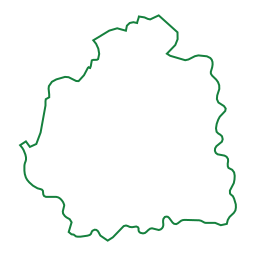 SVG path tracing the border of Indre
{"feature_id": "FRA-5309", "entity_name": "Indre", "entity_type": "Metropolitan department", "adm_level": 1, "iso_a3": "FRA", "parent_name": "France", "parent_adm1": "", "projection": "mercator", "projection_center": [1.588, 46.82], "detail": "fine", "context": "isolated", "style": "outline", "palette": "green", "viewbox_px": 256, "rotation_deg": 0, "n_neighbors": 0, "source": "natural_earth", "source_scale": "10m", "svg_char_len": 2533}
<svg xmlns="http://www.w3.org/2000/svg" viewBox="0 0 256 256"><path d="M90.1,68.0L90.8,66.1L91.8,60.4L93.2,59.9L96.9,59.8L98.1,59.1L99.2,53.9L98.3,48.6L96.1,43.8L93.3,40.3L109.3,30.6L117.2,28.3L125.9,30.7L126.9,25.7L129.7,23.0L133.4,22.2L137.1,23.0L137.4,21.6L138.6,17.9L138.9,16.5L144.5,17.4L147.8,18.9L150.2,19.4L158.7,15.4L177.5,32.3L177.6,39.2L175.3,45.0L166.9,53.7L170.2,55.8L185.2,60.2L188.4,59.5L194.9,56.2L198.4,55.4L206.9,56.3L210.3,58.0L211.7,59.7L212.5,62.0L212.6,64.5L212.2,67.2L210.8,71.9L210.9,73.7L212.1,75.6L216.2,79.6L218.0,82.1L219.2,85.3L219.3,89.0L217.2,95.5L216.9,99.1L218.4,102.5L224.0,106.1L225.7,108.6L225.2,111.0L219.8,116.7L218.2,119.7L216.7,123.9L216.0,128.3L216.6,131.8L218.3,133.5L220.3,134.7L222.0,136.3L222.7,139.2L221.9,141.7L216.4,146.2L215.1,148.4L214.9,150.8L215.8,152.9L217.6,154.3L224.5,155.6L226.6,156.8L228.0,159.0L228.1,161.2L227.7,163.7L227.8,166.3L228.5,167.9L232.2,169.8L234.1,172.4L234.7,175.8L234.5,179.5L233.8,183.1L229.9,190.6L230.0,193.4L230.5,194.2L232.9,196.2L234.1,198.7L235.8,204.4L235.9,207.5L235.4,210.4L233.9,212.8L229.6,216.9L227.8,219.9L226.8,223.9L220.8,225.2L215.2,222.9L205.8,222.9L204.5,222.6L201.2,220.8L199.2,220.3L184.5,219.9L182.8,220.1L181.2,220.7L177.8,223.3L176.2,224.1L174.1,223.8L172.6,222.6L169.1,217.9L167.8,216.8L166.3,216.6L164.8,217.0L163.4,218.9L163.1,220.6L163.1,222.3L163.3,223.9L163.3,225.4L162.9,226.9L162.1,228.2L160.7,229.4L158.8,230.0L152.0,228.3L150.1,228.7L148.1,230.2L146.6,231.7L144.9,233.0L143.0,233.4L140.3,232.8L138.9,231.5L138.5,229.9L138.6,228.4L137.9,227.2L136.3,226.5L132.0,227.2L129.7,226.9L127.7,226.0L126.0,225.5L123.7,226.1L112.9,237.3L107.7,240.6L100.4,235.6L99.6,234.2L98.8,232.6L97.8,231.0L96.3,229.9L94.6,229.7L92.4,230.8L91.5,232.3L91.0,233.8L89.7,235.0L87.4,235.7L80.3,236.7L77.9,236.7L76.0,236.4L73.7,234.6L71.5,234.3L68.7,232.0L71.6,222.3L69.7,219.2L66.5,217.4L64.8,216.0L63.1,213.6L62.8,211.4L64.2,205.6L64.2,205.0L63.7,203.6L63.1,202.2L62.1,200.7L60.9,199.3L59.5,198.1L58.0,197.3L56.3,196.9L46.0,196.9L44.1,196.0L43.3,194.5L42.9,190.8L42.0,189.7L40.8,189.2L37.5,188.3L33.0,185.7L29.2,182.3L27.2,179.9L25.9,177.6L24.8,174.0L24.4,170.7L24.4,165.9L24.6,164.3L25.0,162.8L25.6,161.3L26.0,159.7L26.0,157.4L25.4,154.6L23.6,150.1L22.3,147.9L20.1,145.2L25.9,141.4L29.9,146.9L36.3,144.0L40.6,132.5L45.5,105.5L45.5,101.2L45.8,99.2L49.2,97.3L49.2,94.6L48.6,88.6L48.9,86.1L51.9,81.8L56.3,79.4L65.0,76.9L68.6,77.2L76.2,81.0L78.6,81.1L84.0,75.2L87.9,67.8L88.7,67.2L89.4,67.8L90.1,68.0Z" fill="none" stroke="#15803d" stroke-width="2"/></svg>